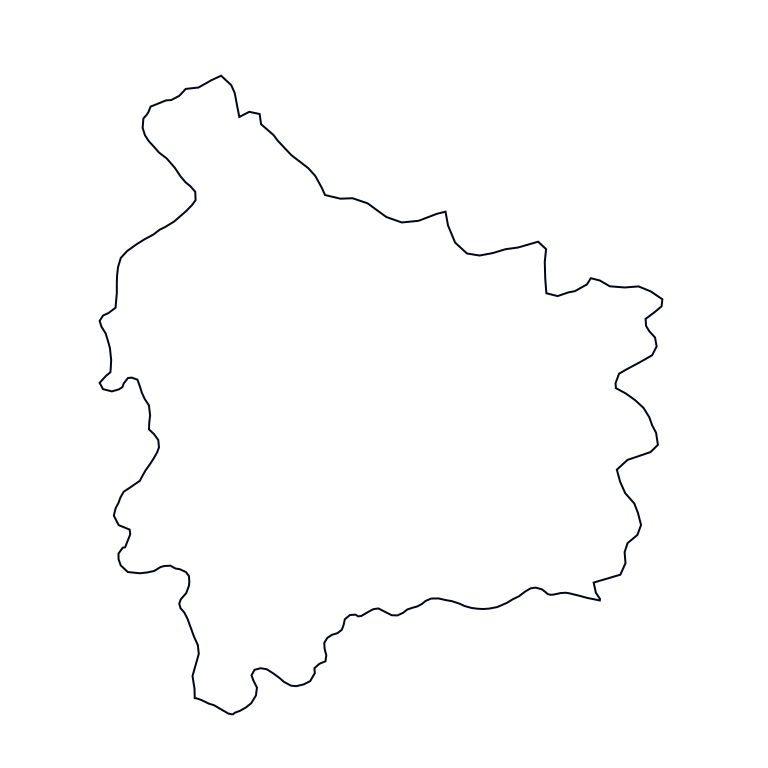 outline of Mstsislaw, Mogilev, Belarus, rotated 356°
{"feature_id": "67162791B4778855273895", "entity_name": "Mstsislaw", "entity_type": "district", "adm_level": 2, "iso_a3": "BLR", "parent_name": "Belarus", "parent_adm1": "Mogilev", "projection": "albers", "projection_center": [31.478, 54.024], "detail": "fine", "context": "isolated", "style": "outline", "palette": "ink", "viewbox_px": 768, "rotation_deg": 356, "n_neighbors": 0, "source": "geoboundaries", "source_scale": "gbopen_adm2", "svg_char_len": 3657}
<svg xmlns="http://www.w3.org/2000/svg" viewBox="0 0 768 768"><g transform="rotate(356 384 384)"><path d="M584.2,615.0L584.5,613.6L580.8,607.0L579.3,596.7L606.5,590.7L612.4,579.6L612.3,568.5L615.9,559.7L626.2,552.3L630.6,542.6L628.3,530.1L625.3,520.6L617.0,509.7L612.7,497.9L610.3,485.7L621.6,476.7L645.1,470.5L653.0,463.8L652.0,451.6L648.7,444.1L646.3,435.6L641.1,425.8L633.0,417.3L624.5,410.3L615.1,404.3L615.0,399.5L619.2,390.1L628.1,385.8L641.7,379.7L653.5,374.0L658.6,365.5L657.6,356.5L652.4,350.0L649.5,344.4L649.5,337.3L658.4,331.6L666.3,325.9L667.6,318.9L656.5,310.2L644.7,304.4L630.8,304.5L616.1,302.3L606.5,295.8L597.7,292.9L593.4,298.8L580.9,304.7L574.3,305.5L563.3,308.4L552.3,304.8L552.2,290.1L552.9,273.3L555.1,260.8L547.7,252.8L527.2,257.2L514.7,258.0L501.5,261.0L488.3,262.5L475.9,259.6L464.8,247.9L458.9,230.3L457.4,216.4L448.7,217.9L429.9,223.6L413.0,224.1L398.0,217.6L380.2,202.6L365.6,196.5L353.4,196.1L338.4,191.4L335.6,183.9L330.0,171.7L323.4,163.3L307.5,149.2L294.9,133.8L291.2,128.0L279.5,116.3L278.8,106.0L268.6,103.1L258.3,107.5L256.9,96.5L255.4,83.4L252.5,75.3L243.0,65.1L233.5,68.7L219.6,75.3L206.8,75.8L199.8,82.3L191.5,85.9L186.2,85.9L170.5,91.0L168.1,96.1L165.8,99.2L162.5,102.3L161.1,111.7L162.9,119.2L166.4,125.5L171.6,132.0L175.6,137.3L182.9,143.8L190.2,153.4L195.6,162.8L199.8,168.6L204.9,173.5L209.1,179.1L208.9,187.4L205.3,191.8L201.5,195.2L198.8,197.6L192.6,202.3L186.1,207.2L176.7,212.1L170.9,214.5L164.4,218.8L155.5,222.8L147.2,227.2L137.1,233.4L130.2,239.9L126.8,249.0L125.2,257.7L124.5,264.9L123.8,274.9L121.5,289.2L113.9,294.1L108.5,296.1L104.7,301.3L106.2,307.3L109.8,314.0L111.6,321.6L113.1,329.0L113.5,341.1L112.6,348.5L111.9,353.2L107.0,356.7L100.4,363.0L103.3,369.5L112.0,372.4L119.0,370.9L122.8,368.9L124.4,365.3L128.9,360.2L132.7,360.0L138.3,362.4L140.5,370.1L141.8,375.7L144.3,382.4L148.0,388.9L148.5,398.8L147.1,406.4L146.4,412.9L151.1,418.0L154.9,424.1L155.1,431.5L152.8,436.6L148.8,442.5L145.0,447.6L140.2,453.4L136.6,458.8L133.7,463.5L128.1,466.8L123.6,469.5L116.8,473.3L113.0,479.1L111.0,483.8L107.6,489.2L105.3,496.5L109.5,506.3L114.0,508.5L120.1,511.5L120.4,516.2L117.9,521.4L114.4,528.8L111.9,529.1L107.3,534.7L107.0,540.3L108.7,546.6L115.3,553.7L127.3,555.8L134.3,555.5L141.7,554.5L148.3,551.0L151.9,550.3L158.2,550.3L163.1,553.5L167.3,554.5L173.2,557.7L176.0,561.9L176.0,567.9L175.3,571.8L172.1,578.8L169.3,581.6L166.2,584.7L164.4,588.9L165.4,593.5L168.9,598.1L171.7,604.8L174.2,613.5L176.9,623.0L180.1,631.5L180.4,640.3L177.9,647.3L175.1,655.0L172.6,662.0L173.7,674.7L173.3,684.2L174.9,684.4L179.6,686.4L186.9,690.6L192.1,692.6L197.6,696.4L203.1,700.1L205.7,701.9L209.3,702.9L210.4,702.9L212.3,701.5L217.5,700.0L223.4,697.2L229.3,693.2L234.5,685.8L236.1,678.0L233.0,670.6L231.5,665.4L234.9,660.1L241.1,658.9L247.2,660.4L253.1,664.8L259.3,670.0L263.3,674.1L270.1,678.4L275.4,679.3L282.8,678.1L289.6,675.3L294.8,667.6L294.8,662.6L300.1,658.6L306.3,656.5L307.5,650.6L306.3,644.1L306.3,638.2L309.7,633.3L314.9,630.5L320.2,629.3L324.8,626.2L327.0,621.3L328.5,616.0L331.0,614.2L333.9,612.1L339.5,612.1L342.0,614.0L345.2,613.8L352.3,610.3L357.6,607.9L362.8,607.5L370.5,612.2L375.6,615.2L381.2,615.8L387.1,613.6L391.4,610.6L396.8,609.2L401.7,608.2L406.4,606.1L410.4,603.3L416.1,601.3L423.4,601.7L429.9,603.7L436.7,605.4L444.0,608.4L448.9,611.1L455.7,613.5L461.6,614.7L467.3,615.4L473.2,615.4L481.5,614.4L491.6,610.8L497.7,607.6L504.0,605.1L506.6,603.3L510.7,600.7L515.9,598.1L521.0,597.7L527.1,599.8L530.1,602.4L532.7,605.0L535.5,605.9L538.4,605.9L542.8,605.3L545.3,604.9L550.7,604.9L554.2,605.7L558.2,607.0L563.9,608.8L571.6,611.5L584.2,615.0Z" fill="none" stroke="#020617" stroke-width="2"/></g></svg>